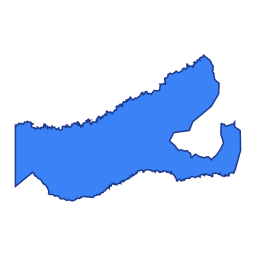 Assis Brasil, Acre, Brazil
{"feature_id": "56859067B14665514610138", "entity_name": "Assis Brasil", "entity_type": "district", "adm_level": 2, "iso_a3": "BRA", "parent_name": "Brazil", "parent_adm1": "Acre", "projection": "robinson", "projection_center": [-69.972, -10.719], "detail": "fine", "context": "isolated", "style": "filled", "palette": "blue", "viewbox_px": 256, "rotation_deg": 0, "n_neighbors": 0, "source": "geoboundaries", "source_scale": "gbopen_adm2", "svg_char_len": 5866}
<svg xmlns="http://www.w3.org/2000/svg" viewBox="0 0 256 256"><path d="M88.9,120.3L88.5,120.9L86.8,120.5L86.2,120.8L87.4,121.9L83.8,123.1L83.0,123.7L82.8,126.2L82.4,126.6L81.9,126.5L81.6,125.5L80.7,126.7L79.4,123.6L78.9,123.0L78.7,125.4L78.0,125.2L77.5,124.6L77.4,122.2L75.7,123.7L74.4,123.0L73.9,123.9L71.9,124.2L71.6,126.6L71.0,126.8L69.6,126.5L68.6,127.3L67.7,125.2L66.3,125.0L66.0,126.0L66.4,127.2L65.4,127.4L64.8,126.5L63.2,126.3L62.3,126.6L62.2,129.3L61.8,130.0L59.3,129.9L58.7,127.9L56.8,129.5L56.2,128.8L55.2,128.5L54.7,127.8L54.7,127.2L52.7,127.2L52.3,127.0L52.0,126.2L51.4,127.3L51.7,128.2L51.6,128.9L49.4,127.0L47.6,128.5L47.6,126.4L47.0,126.0L45.6,126.8L45.2,126.4L45.5,124.4L44.6,124.1L43.9,124.4L43.6,127.5L42.8,127.0L40.8,127.7L41.0,128.5L40.3,128.8L37.1,127.1L37.2,128.4L35.3,129.1L35.2,128.3L34.6,127.7L32.7,127.8L31.1,126.1L31.3,124.8L32.5,124.6L33.1,124.0L31.5,123.4L31.1,122.6L30.3,122.1L28.6,122.1L27.3,121.3L26.2,122.4L24.5,122.1L23.6,124.1L23.1,124.4L22.7,123.8L21.9,124.0L20.9,123.4L19.7,123.9L18.9,123.3L17.9,124.8L16.6,124.9L16.0,126.2L15.4,125.5L15.4,186.4L32.0,172.8L32.2,172.1L33.7,173.2L34.2,174.7L35.2,176.0L36.7,176.5L38.4,178.7L40.0,179.0L40.9,179.8L43.3,183.9L43.8,183.8L46.2,185.6L48.2,189.4L48.9,191.7L48.5,193.3L49.3,194.5L51.7,194.4L53.9,195.1L54.8,196.1L56.7,195.8L58.3,196.2L59.0,196.6L59.6,197.9L60.6,198.8L64.2,198.7L66.3,200.3L69.1,199.9L72.2,200.9L75.4,199.8L77.5,198.1L79.5,198.5L80.1,198.2L80.8,197.0L81.6,197.2L84.7,196.2L86.7,197.0L87.3,196.6L89.8,197.2L90.2,196.8L92.4,197.5L93.7,197.0L94.5,195.7L96.1,195.4L96.6,194.6L97.1,195.0L98.8,194.6L100.1,194.7L100.4,193.3L103.1,192.5L103.5,191.3L105.2,190.7L106.7,188.5L108.1,188.2L107.6,187.8L108.0,187.4L108.8,187.3L109.3,188.0L109.3,185.4L110.0,185.4L109.9,186.3L111.1,186.0L111.6,184.2L112.4,183.6L113.2,184.1L113.7,183.4L114.3,183.3L114.4,184.3L116.8,184.9L117.2,183.7L119.3,183.5L120.3,182.2L120.8,183.0L120.8,182.1L122.1,181.9L122.4,180.5L124.1,181.5L124.3,180.6L124.9,180.1L126.5,179.7L127.3,178.7L127.9,178.9L128.3,178.2L129.0,178.5L129.6,178.2L130.0,176.1L131.8,176.7L131.8,175.3L132.3,174.4L133.5,175.5L135.6,173.7L136.3,173.6L136.0,172.8L137.4,172.4L137.4,171.2L138.7,170.6L139.8,170.8L141.3,169.9L142.9,170.5L143.0,172.0L143.5,172.2L144.2,171.7L144.1,170.9L144.6,170.4L147.5,169.6L151.3,170.4L152.3,171.5L153.7,170.8L154.3,171.0L155.1,172.2L155.6,170.7L156.3,170.4L157.7,170.6L158.3,171.5L159.8,171.5L159.7,172.2L160.2,172.3L163.2,171.5L163.4,170.7L165.8,171.1L166.7,172.4L168.0,171.7L169.4,172.6L171.0,171.6L171.4,171.9L170.6,173.6L171.3,173.9L172.9,173.7L175.3,176.9L175.4,177.8L176.6,178.8L176.4,180.2L176.7,180.9L177.5,180.9L179.6,179.1L180.3,179.7L180.7,180.8L181.7,180.9L183.7,179.3L184.1,180.3L185.3,178.9L187.6,178.1L189.5,178.4L191.6,176.4L195.7,177.4L198.2,176.0L200.1,177.1L200.0,175.5L200.5,175.0L202.4,174.4L204.6,175.6L204.8,175.0L204.2,174.3L204.8,173.9L209.2,175.3L210.4,175.0L211.1,176.3L212.4,176.6L212.8,176.0L212.5,175.2L212.8,173.6L213.4,173.3L217.5,173.4L218.6,174.4L219.3,174.5L220.3,173.3L221.2,175.5L224.7,176.5L224.7,174.9L225.4,174.8L227.0,176.0L227.6,175.8L227.5,175.0L228.0,174.9L228.9,175.6L229.4,173.1L232.3,172.6L233.5,173.3L234.1,172.5L234.2,171.4L235.1,170.1L240.6,150.2L240.2,130.6L234.5,126.7L234.6,122.1L232.8,124.5L231.3,124.3L230.1,125.1L227.8,125.5L226.9,126.1L225.2,126.0L224.4,124.3L223.1,124.3L221.6,123.5L221.1,123.9L220.9,134.2L223.2,141.3L223.3,143.5L220.4,149.3L216.7,154.8L211.0,159.9L210.4,158.6L208.1,156.7L205.8,157.1L204.7,157.9L203.4,157.8L202.4,157.0L201.1,157.2L197.8,155.8L195.9,154.3L194.4,154.6L194.4,155.3L193.2,156.0L192.3,157.3L191.7,157.5L190.8,157.0L190.8,154.0L189.9,152.8L188.4,152.1L187.3,150.8L186.3,150.6L185.4,151.1L183.7,150.8L181.2,149.8L179.0,150.7L178.5,150.5L178.2,149.4L176.5,148.2L175.6,146.3L169.6,141.0L173.7,132.6L189.3,130.5L192.7,121.8L211.2,106.4L218.6,94.0L219.1,83.3L215.4,80.3L214.5,78.9L214.4,77.4L213.7,75.7L214.1,74.2L212.3,71.3L213.0,70.2L213.1,66.0L211.9,64.6L210.6,61.3L209.1,59.4L208.4,59.3L206.5,57.5L205.3,56.9L203.9,55.1L203.0,55.9L202.7,57.3L202.0,57.6L201.1,57.2L199.4,58.5L199.8,60.4L198.6,59.8L197.0,60.3L197.1,62.1L196.6,62.5L194.5,61.9L193.9,62.6L195.0,62.7L195.4,63.2L193.3,65.3L193.6,66.7L193.2,67.3L192.6,66.4L191.9,66.0L190.4,66.7L189.2,65.7L188.4,66.7L188.0,66.2L187.6,64.2L187.0,64.1L186.9,68.2L186.0,69.1L185.4,69.2L184.6,68.2L183.0,68.6L182.4,69.3L182.1,70.9L180.6,71.4L179.5,72.6L178.1,72.5L176.4,71.2L175.8,71.3L175.5,72.4L174.0,72.5L173.3,73.8L171.9,74.2L170.6,73.2L168.4,74.2L167.9,74.7L168.1,76.2L166.2,78.3L165.7,78.6L165.1,78.0L164.6,78.4L164.9,81.2L165.6,82.5L165.4,84.1L164.0,83.3L162.6,84.1L159.8,84.3L160.5,85.6L159.9,87.1L159.8,90.1L159.3,90.7L158.5,90.4L157.2,90.9L154.3,90.4L151.9,93.2L151.6,94.4L149.2,93.3L148.4,94.2L147.5,93.8L147.1,92.0L146.3,91.5L145.6,91.6L143.6,94.7L142.7,94.3L142.7,92.5L141.5,92.8L140.0,96.0L137.5,97.5L136.4,98.5L135.6,98.6L134.9,98.0L133.2,100.0L132.3,99.8L130.6,97.2L129.7,97.7L129.3,98.6L129.8,99.5L129.2,100.1L128.2,99.5L127.5,99.6L127.2,101.2L126.2,100.3L126.0,101.6L125.6,102.1L123.6,101.7L122.5,103.8L122.7,105.5L121.6,105.4L121.1,106.0L119.4,104.9L118.8,106.9L117.3,106.0L116.3,106.5L116.5,110.2L114.7,110.1L114.0,111.7L113.2,112.1L112.3,113.9L111.2,113.2L111.2,112.3L110.1,112.0L108.4,112.4L106.9,111.1L106.3,111.6L106.8,114.5L106.4,115.0L105.8,114.9L105.6,114.3L105.0,114.3L105.3,115.2L104.2,115.3L103.3,116.2L102.7,116.1L102.6,117.5L102.0,116.9L101.3,117.1L101.2,118.3L100.5,119.0L100.0,117.0L98.9,116.5L98.8,117.3L97.8,117.3L97.8,118.2L96.5,119.3L97.3,120.4L96.4,120.8L96.9,122.2L95.6,121.7L94.9,122.3L94.0,122.4L92.6,121.8L91.4,123.1L91.7,124.3L91.0,124.6L90.9,123.6L90.2,123.6L89.8,123.0L89.9,122.2L89.1,121.0L90.2,120.3L88.9,120.3ZM88.9,120.3L88.3,119.2L87.9,119.6L88.3,120.0L88.9,120.3ZM121.6,105.4L121.6,104.5L121.0,104.4L121.6,105.4Z" fill="#3b82f6" stroke="#1e3a8a" stroke-width="1.5"/></svg>